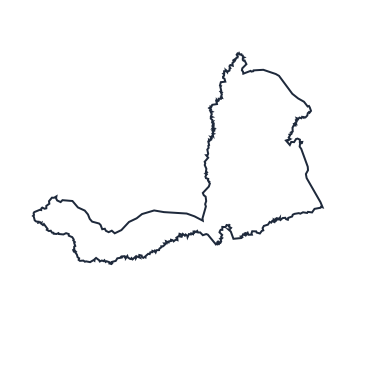 Dong Charoen, Phichit, Thailand (Robinson projection), rotated 145°
{"feature_id": "78962969B92900042333886", "entity_name": "Dong Charoen", "entity_type": "district", "adm_level": 2, "iso_a3": "THA", "parent_name": "Thailand", "parent_adm1": "Phichit", "projection": "robinson", "projection_center": [100.63, 16.0], "detail": "fine", "context": "isolated", "style": "outline", "palette": "slate", "viewbox_px": 384, "rotation_deg": 145, "n_neighbors": 0, "source": "geoboundaries", "source_scale": "gbopen_adm2", "svg_char_len": 6049}
<svg xmlns="http://www.w3.org/2000/svg" viewBox="0 0 384 384"><g transform="rotate(145 192 192)"><path d="M71.8,256.3L72.5,255.8L74.3,256.6L74.5,257.6L82.1,259.5L81.2,261.2L81.3,263.1L79.8,264.5L74.1,265.5L73.5,269.6L74.5,270.0L74.6,271.1L73.6,272.5L72.1,272.3L72.7,273.2L72.2,274.7L73.0,275.7L72.6,276.5L74.1,277.4L73.9,278.7L74.6,278.4L75.2,279.4L76.7,278.8L76.6,276.9L77.6,276.0L78.6,276.5L81.1,275.2L81.1,276.2L82.7,276.2L83.1,274.6L85.0,274.4L86.2,272.1L87.6,273.9L88.5,274.0L89.5,273.1L89.6,271.3L90.7,271.3L91.6,270.0L93.7,270.1L93.9,270.9L94.4,270.2L94.6,272.4L95.0,271.7L96.5,272.5L97.2,271.1L98.4,271.0L98.0,270.3L99.0,268.9L100.4,268.7L101.1,267.6L100.4,266.2L101.4,263.3L105.4,265.4L108.0,263.2L107.5,262.2L108.5,261.8L110.1,257.9L111.0,258.0L110.6,256.4L111.3,256.5L111.6,254.8L112.9,253.9L113.4,251.9L114.2,252.8L114.9,251.8L116.6,253.1L117.6,251.6L118.8,251.6L118.9,253.1L119.3,252.5L119.8,252.9L121.1,249.7L125.4,251.8L127.4,250.6L127.8,251.3L128.6,250.1L128.7,250.9L129.8,250.9L129.2,248.7L130.4,248.3L129.4,246.2L130.8,246.6L131.1,244.5L133.1,243.1L132.5,242.0L133.6,242.5L134.5,241.4L134.0,239.4L135.1,238.0L134.4,237.7L135.6,237.2L134.8,235.8L135.8,234.5L136.4,235.1L137.4,234.4L136.9,233.4L138.1,232.8L137.4,232.7L138.0,232.1L137.3,231.2L138.7,231.3L138.3,230.4L139.1,230.6L139.0,229.7L140.1,230.1L140.0,229.0L141.6,228.2L141.0,227.3L141.9,227.5L142.6,225.9L142.7,226.5L144.2,226.2L144.5,225.4L145.1,226.2L145.1,225.0L146.1,224.9L146.2,223.9L147.9,224.0L148.2,224.9L148.9,223.7L149.7,224.0L151.1,220.6L152.1,220.5L153.1,218.6L155.1,218.0L156.8,214.1L158.1,213.3L159.3,214.0L159.1,210.8L164.3,209.5L164.6,208.0L166.1,206.8L166.9,202.8L168.7,200.9L168.5,199.7L169.4,199.9L169.6,198.4L170.3,198.8L170.1,198.0L172.2,196.9L172.6,195.3L171.2,193.4L172.4,192.1L171.9,190.5L172.5,190.2L172.5,188.7L175.1,186.8L183.7,185.0L184.2,182.6L183.5,180.4L185.6,176.4L188.2,174.5L188.9,172.2L198.5,164.4L199.6,162.3L203.9,170.6L208.7,177.4L226.5,191.6L233.6,198.6L245.6,202.6L252.4,202.2L260.8,203.6L271.7,201.3L279.0,202.5L279.9,206.3L283.3,206.9L284.8,209.6L284.5,211.9L286.9,213.0L285.8,217.4L286.2,219.5L290.8,225.0L291.2,228.6L290.1,233.3L290.5,238.3L294.3,244.8L295.1,253.2L302.8,259.6L305.4,259.1L307.3,262.4L307.0,264.8L305.6,266.2L308.3,266.4L310.0,267.7L314.4,266.5L315.6,264.2L319.3,264.2L320.7,262.2L322.3,262.8L323.6,265.1L324.9,264.9L325.9,263.7L326.9,264.7L332.7,266.0L333.9,265.5L334.6,263.8L335.9,263.6L335.6,262.9L337.1,259.0L336.5,257.1L334.8,255.7L335.5,255.0L333.7,254.3L333.7,253.0L333.0,253.0L333.6,252.4L333.0,250.4L331.7,250.7L331.5,244.7L332.6,244.3L331.6,242.1L329.9,241.3L330.0,239.1L328.9,238.1L329.3,237.2L327.0,235.3L325.0,234.9L325.2,234.0L321.7,231.0L318.8,230.5L317.1,228.3L318.0,226.9L316.0,223.7L316.1,221.0L317.0,220.5L316.7,218.2L317.7,218.0L318.6,214.7L319.8,214.8L321.7,212.4L322.6,212.6L322.8,211.7L321.8,211.7L322.2,211.1L321.6,211.1L321.4,209.8L322.3,210.0L322.2,206.8L323.1,204.2L322.5,202.4L323.8,201.4L323.3,199.9L320.3,198.1L319.7,196.3L318.6,196.0L315.7,193.0L311.6,192.7L311.3,191.7L310.3,192.8L308.4,193.0L307.2,189.3L307.4,188.0L305.2,187.6L304.0,186.0L302.9,186.3L302.8,184.2L301.7,184.3L300.8,183.1L300.1,182.1L300.6,181.0L299.0,180.5L300.0,180.1L299.3,179.2L298.0,179.5L297.8,180.7L294.0,179.3L291.2,180.5L287.0,178.5L286.5,178.8L287.3,179.6L286.8,179.7L284.1,178.1L284.5,177.1L283.3,176.8L284.0,175.8L281.7,176.6L282.1,175.3L281.2,172.9L280.5,172.1L279.5,172.5L279.3,170.9L275.3,171.4L276.0,169.9L274.1,170.8L272.4,168.2L272.3,169.5L271.3,170.6L269.7,168.8L270.3,167.6L269.7,166.0L268.0,166.0L267.6,165.1L266.7,166.1L263.3,166.5L262.3,165.4L260.7,166.5L259.1,165.5L258.2,166.5L257.1,164.9L256.3,165.2L256.4,163.4L254.5,164.7L252.3,163.3L251.2,164.3L248.7,164.3L248.3,165.1L246.7,164.1L244.1,164.5L244.2,165.8L242.2,164.5L241.5,166.5L240.0,164.1L239.1,164.8L237.4,163.9L236.6,164.9L235.5,163.6L235.4,162.1L232.5,162.3L231.5,160.9L230.6,162.5L230.8,163.5L228.4,163.5L227.2,162.3L227.2,163.9L226.2,164.9L225.0,163.2L225.2,161.9L223.6,162.9L222.9,160.3L221.6,160.8L221.0,158.7L221.5,157.6L218.6,159.3L217.3,157.9L216.4,158.6L215.3,156.8L213.6,158.5L213.3,157.4L212.2,158.0L211.6,156.8L210.1,157.1L210.3,155.4L208.5,154.2L207.9,150.4L204.5,149.4L203.5,148.0L202.5,135.5L201.7,135.8L201.0,134.3L200.3,134.3L199.9,136.4L199.1,136.5L199.1,134.3L198.2,134.9L197.8,134.1L196.4,134.8L195.9,136.6L194.1,136.9L194.8,137.6L193.8,137.6L193.7,138.7L191.9,139.5L192.6,143.2L191.7,143.9L190.2,144.6L188.9,143.6L187.2,146.0L184.6,144.0L182.6,145.1L181.1,143.5L179.6,144.0L181.6,142.5L180.6,140.2L182.7,139.7L183.7,140.6L182.9,137.4L184.9,129.9L178.0,126.0L176.8,126.1L177.2,127.4L176.3,127.0L174.5,128.0L173.7,126.8L172.7,127.9L171.6,127.6L172.3,125.8L169.8,126.6L170.3,124.6L167.4,122.7L167.0,124.0L165.2,125.3L162.0,122.9L162.3,121.7L160.2,119.1L157.1,120.1L155.6,119.7L154.9,121.9L152.6,123.0L148.5,121.7L145.5,122.9L144.7,121.5L143.0,122.2L142.4,121.2L142.2,122.2L141.4,122.4L141.2,121.5L140.8,122.3L140.1,120.2L139.1,120.4L138.8,121.7L137.5,120.5L137.3,121.6L135.7,120.1L134.9,120.4L135.8,119.3L135.6,118.3L132.8,118.7L130.4,117.4L130.5,115.8L129.4,114.3L128.0,115.6L124.0,114.5L122.5,115.6L120.6,115.3L116.6,113.4L115.7,112.1L112.7,111.7L109.7,108.8L108.4,109.2L105.4,106.4L101.3,107.9L95.8,105.4L94.8,105.9L93.8,104.6L92.6,109.9L90.1,137.7L88.4,141.4L84.5,143.3L82.7,146.3L77.8,164.6L77.8,167.4L75.7,169.7L74.0,169.0L73.0,169.8L75.0,171.1L73.6,173.0L74.9,175.2L76.4,175.7L79.8,174.3L82.0,176.1L84.9,174.4L85.5,180.3L84.1,179.9L84.2,179.1L81.5,179.0L82.1,179.6L81.3,179.8L81.5,181.2L79.1,182.2L79.1,183.1L77.3,182.5L76.2,183.3L76.5,184.0L74.8,183.8L72.8,187.0L70.5,188.2L69.4,187.4L69.3,188.5L68.5,188.0L68.8,189.0L67.6,188.5L67.5,189.5L65.9,189.6L65.8,190.7L64.3,190.6L64.7,191.6L63.9,191.5L63.8,192.3L62.9,191.0L61.3,191.3L60.1,189.7L58.7,190.4L57.9,188.8L57.4,189.2L56.3,188.0L53.7,188.5L52.0,190.1L50.4,190.4L50.3,189.5L48.0,190.2L47.0,193.8L46.9,195.4L48.2,195.7L48.5,201.7L51.4,207.8L53.5,214.9L54.1,237.2L55.7,240.6L63.5,251.2L71.8,256.3Z" fill="none" stroke="#1e293b" stroke-width="2"/></g></svg>